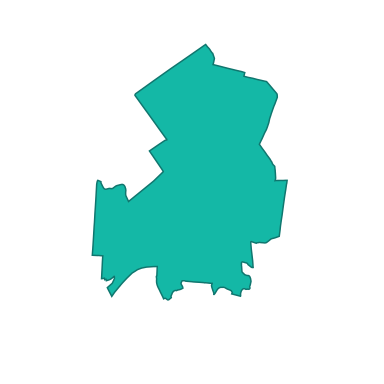 Soldanu, Calarasi, Romania (Albers equal-area conic projection), rotated 323°
{"feature_id": "2599482B93522079592050", "entity_name": "Soldanu", "entity_type": "district", "adm_level": 2, "iso_a3": "ROU", "parent_name": "Romania", "parent_adm1": "Calarasi", "projection": "albers", "projection_center": [26.526, 44.239], "detail": "fine", "context": "isolated", "style": "filled", "palette": "teal", "viewbox_px": 384, "rotation_deg": 323, "n_neighbors": 0, "source": "geoboundaries", "source_scale": "gbopen_adm2", "svg_char_len": 5656}
<svg xmlns="http://www.w3.org/2000/svg" viewBox="0 0 384 384"><g transform="rotate(323 192 192)"><path d="M79.6,223.2L82.0,222.7L88.3,221.6L95.5,220.7L98.7,221.0L101.8,221.2L105.9,222.4L110.5,224.6L116.5,228.5L119.4,230.6L115.7,235.1L115.5,235.3L114.8,236.2L113.8,237.4L113.3,237.9L112.8,237.9L112.7,238.0L112.5,238.3L111.9,239.3L111.6,239.9L111.5,240.1L110.2,241.6L110.0,241.9L109.6,242.5L109.3,242.9L109.0,243.5L108.4,244.8L108.3,245.0L108.2,245.3L108.1,245.7L107.9,246.3L107.7,247.1L107.5,247.8L107.4,248.4L106.9,251.3L106.6,252.5L105.6,257.8L105.2,259.7L105.0,260.2L105.9,260.4L106.6,260.7L107.0,261.3L107.2,262.0L107.5,263.1L107.8,263.7L108.2,263.9L109.0,264.1L109.9,264.0L111.2,264.0L111.7,263.9L112.0,263.8L112.4,262.7L112.9,262.3L114.1,261.7L115.1,261.0L116.1,260.5L117.3,260.3L118.0,260.2L118.6,260.3L119.3,260.5L119.7,260.8L120.0,261.1L120.2,261.4L120.6,261.5L121.2,261.6L121.5,261.6L122.2,262.0L123.8,262.7L124.8,263.0L126.0,263.2L126.9,263.3L127.5,261.9L127.7,260.7L127.8,259.6L128.3,258.2L130.1,257.2L130.7,257.0L131.6,257.6L132.3,258.1L132.7,258.4L133.1,259.2L134.5,260.5L137.7,263.4L139.4,265.0L143.3,268.3L146.8,271.4L147.5,272.2L147.7,272.3L148.4,272.8L151.5,275.7L152.5,276.6L153.1,277.1L152.9,277.3L152.3,277.7L151.9,278.0L151.5,278.3L151.3,278.4L151.0,278.9L150.8,279.5L150.4,280.3L149.4,283.2L148.9,284.9L148.8,285.2L148.4,286.1L148.2,286.5L147.8,286.9L148.0,287.1L149.1,286.9L149.9,286.6L152.8,285.4L154.5,284.9L156.0,284.9L157.4,285.3L158.7,286.3L159.7,286.9L160.7,288.1L161.0,288.9L161.7,290.6L162.4,291.7L163.2,293.0L163.6,293.8L163.9,294.4L163.8,295.5L163.7,296.5L162.4,297.3L168.0,304.4L168.4,304.1L169.0,303.3L169.2,302.9L169.5,302.5L169.8,302.3L170.4,301.7L171.0,301.3L171.7,300.8L172.3,300.5L172.9,300.3L173.6,300.2L174.3,300.1L174.7,300.2L175.2,300.4L175.4,300.5L175.7,300.8L176.4,302.1L177.8,303.0L178.2,303.2L178.7,303.8L179.1,304.0L179.3,304.0L179.7,304.0L180.1,303.8L180.4,303.7L180.6,303.4L180.7,303.2L180.8,302.8L180.9,302.6L181.1,302.3L181.2,302.2L181.7,301.8L182.1,301.6L182.7,301.2L183.0,300.9L183.5,300.5L183.7,300.3L184.5,299.6L184.9,299.3L185.4,298.8L186.4,296.9L186.7,296.3L186.9,295.6L187.1,294.9L187.2,294.4L187.2,293.6L186.8,292.7L186.2,292.2L185.4,291.4L184.3,289.7L184.2,288.2L183.9,286.8L183.9,286.0L184.1,285.4L184.8,284.4L185.9,282.7L187.0,281.0L187.4,280.2L188.3,279.2L188.5,278.8L188.6,278.5L189.0,278.3L189.8,278.0L190.2,278.1L190.3,278.3L190.7,278.7L191.1,279.2L191.7,280.1L192.7,281.3L192.9,281.6L193.0,281.9L193.1,282.1L193.2,282.6L193.1,283.4L193.1,284.0L193.4,284.9L193.5,285.4L194.1,287.7L194.3,288.1L194.5,288.4L194.8,288.7L195.2,289.0L195.4,289.1L195.6,288.8L196.1,287.9L197.0,286.6L199.0,283.5L203.0,276.7L203.4,276.0L204.5,274.1L205.1,273.1L208.3,268.0L208.5,267.8L208.9,267.3L209.0,267.2L209.4,267.2L209.6,267.4L209.9,267.7L210.3,268.4L212.5,271.6L212.9,271.6L213.2,271.6L214.0,272.1L214.8,272.5L215.5,272.8L216.6,273.9L218.1,275.2L219.6,276.6L221.0,277.2L223.6,277.2L225.8,277.1L227.1,277.1L228.4,277.6L230.3,278.4L231.8,278.9L235.0,279.9L239.5,275.3L242.2,272.4L243.2,271.4L246.4,268.2L250.0,264.7L257.1,257.5L258.8,255.8L261.0,253.6L262.6,252.0L266.3,248.4L268.0,246.8L269.4,245.4L272.0,242.8L273.1,241.9L274.1,240.8L274.9,240.1L275.0,239.9L273.3,238.7L271.5,237.5L270.5,236.7L267.5,234.5L265.4,233.0L265.2,232.9L266.4,232.0L266.7,231.7L267.2,231.2L267.8,230.3L269.2,228.2L270.2,226.7L270.6,226.0L271.3,225.0L272.7,222.6L273.5,221.3L273.5,220.9L273.4,220.4L273.3,219.7L273.2,218.6L273.2,218.3L273.3,217.8L273.5,217.0L273.8,215.9L273.8,214.8L274.1,212.5L274.1,211.0L274.1,207.5L274.2,205.8L274.3,203.3L274.3,199.6L274.4,197.2L274.5,194.4L275.5,193.9L278.0,192.6L279.0,192.1L280.0,191.6L285.6,188.5L289.0,186.9L291.5,185.3L295.0,182.9L298.1,180.2L301.0,178.2L302.2,177.3L304.6,175.7L307.6,173.7L309.3,172.6L311.1,171.6L317.0,167.8L317.2,167.6L318.3,166.0L318.5,165.6L318.7,165.3L318.9,164.7L318.9,164.4L318.8,162.1L318.8,161.9L318.7,160.8L318.2,151.7L318.0,148.7L317.6,148.2L315.8,146.1L314.8,144.9L313.1,142.9L311.8,141.4L309.1,137.9L305.7,134.1L303.1,130.8L306.0,128.4L304.0,125.6L300.3,121.2L298.6,119.1L295.3,115.1L289.4,107.7L285.5,102.9L286.9,101.8L290.0,99.1L290.3,98.8L292.0,93.7L291.8,93.2L291.8,92.6L291.8,91.7L291.8,90.7L291.9,90.2L292.0,88.8L292.0,88.5L292.0,88.3L292.0,88.1L292.0,87.7L291.9,87.0L291.8,86.1L291.7,85.3L291.7,85.1L291.7,83.7L291.7,83.0L291.7,82.4L290.1,82.3L284.1,82.1L270.6,81.6L248.8,80.7L238.3,80.4L227.6,80.1L206.7,79.6L206.0,79.6L205.2,79.9L204.6,80.5L204.6,80.8L204.2,99.5L204.2,101.5L203.7,122.0L203.5,132.2L203.5,133.6L203.6,134.6L203.2,135.2L202.3,134.8L201.2,134.5L194.0,134.1L182.7,133.6L181.9,150.5L181.6,156.2L181.4,158.4L181.2,158.5L168.5,160.1L167.2,160.2L156.6,160.6L135.6,161.4L135.9,160.1L136.2,158.7L136.9,155.4L137.3,154.4L137.8,153.7L138.6,152.6L140.2,150.8L141.0,149.4L141.2,148.6L141.5,148.0L141.7,147.3L141.8,146.2L141.7,145.3L141.4,144.6L141.2,144.3L140.9,144.0L140.5,143.7L139.3,143.1L135.9,141.7L134.7,141.4L132.6,141.4L131.0,141.4L130.0,141.1L129.2,140.3L128.7,139.9L128.4,139.6L128.1,139.3L125.1,138.1L124.8,137.9L124.2,137.3L123.9,136.6L123.8,135.9L124.0,133.9L124.7,130.3L125.0,129.6L125.5,128.9L123.8,126.0L123.4,126.1L122.9,126.4L122.1,127.0L120.5,128.5L111.9,138.7L105.4,146.3L101.6,150.7L95.7,157.7L93.4,160.3L88.3,166.3L83.7,171.7L78.9,177.3L74.3,182.5L78.1,185.7L79.1,186.4L82.3,189.3L78.7,193.5L74.3,198.8L67.6,206.8L68.2,207.2L68.8,207.5L70.2,208.2L69.5,209.5L70.8,210.0L70.2,211.3L73.1,212.3L74.3,212.6L75.7,212.7L79.0,212.5L79.0,213.0L77.9,214.5L73.4,216.9L66.8,217.4L66.3,220.1L65.1,227.1L67.5,226.3L69.9,225.5L77.5,223.7L78.2,223.6L78.8,223.4L79.6,223.2Z" fill="#14b8a6" stroke="#0f766e" stroke-width="1.5"/></g></svg>